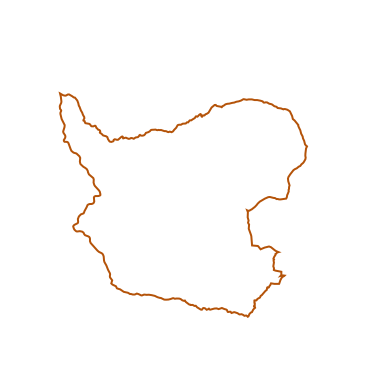 outline of Arboleda, Nariño, Colombia, rotated 71°
{"feature_id": "7082276B56257511215317", "entity_name": "Arboleda", "entity_type": "district", "adm_level": 2, "iso_a3": "COL", "parent_name": "Colombia", "parent_adm1": "Nariño", "projection": "mercator", "projection_center": [-77.132, 1.483], "detail": "fine", "context": "isolated", "style": "outline", "palette": "amber", "viewbox_px": 384, "rotation_deg": 71, "n_neighbors": 0, "source": "geoboundaries", "source_scale": "gbopen_adm2", "svg_char_len": 6062}
<svg xmlns="http://www.w3.org/2000/svg" viewBox="0 0 384 384"><g transform="rotate(71 192 192)"><path d="M328.1,179.9L328.0,179.2L325.9,177.2L325.1,175.4L325.1,174.4L323.3,172.6L322.5,171.3L322.0,170.0L321.4,169.9L321.0,170.4L320.3,170.6L319.7,170.2L319.6,169.6L319.4,169.4L318.3,169.2L317.6,168.8L317.1,169.1L314.9,168.3L314.9,167.6L315.4,167.0L315.4,166.3L314.4,164.9L313.9,162.1L312.5,160.8L312.3,159.7L309.5,154.9L308.9,153.2L306.8,152.0L306.7,151.5L307.3,150.9L307.2,150.4L306.1,149.3L305.5,148.3L304.1,147.0L305.7,144.0L307.2,139.5L304.1,137.1L302.5,135.4L301.8,134.2L301.4,132.1L301.2,131.7L300.4,133.3L300.2,135.6L299.8,134.9L299.1,134.4L296.5,133.5L293.5,138.7L292.4,140.0L290.7,139.3L288.7,139.3L285.4,137.5L283.4,137.2L282.5,136.4L281.8,136.8L281.5,136.7L279.8,135.1L278.9,133.8L277.8,133.3L277.7,132.4L276.9,131.3L277.0,129.8L275.5,131.5L274.3,132.5L269.9,135.3L268.6,136.9L268.2,141.4L268.5,145.8L264.8,147.1L264.4,147.5L262.1,152.6L253.1,150.3L251.7,150.2L245.2,150.3L241.3,148.6L240.3,148.9L239.3,149.0L237.4,147.8L234.1,147.6L229.2,145.7L227.3,145.8L227.8,145.3L228.3,144.2L228.3,143.5L228.0,142.6L227.9,141.3L226.5,137.3L225.3,135.0L224.4,133.7L223.2,131.1L222.0,125.3L221.7,121.7L221.9,120.5L222.3,119.6L224.1,116.9L224.7,115.6L226.2,114.3L226.6,113.1L227.4,112.0L227.9,110.4L228.9,105.1L227.9,104.1L225.9,103.0L225.2,102.3L223.0,100.4L221.5,100.0L220.7,99.3L218.9,98.6L217.5,97.6L213.2,97.5L210.6,96.9L209.2,95.9L207.2,93.3L204.4,89.0L203.9,87.3L203.7,85.2L202.8,82.9L202.6,81.1L201.5,79.6L200.7,77.5L199.9,76.3L197.9,74.1L196.4,73.3L194.8,73.1L192.7,72.3L189.2,70.6L188.0,70.0L186.3,68.4L185.0,69.2L183.6,69.6L180.1,69.3L177.4,69.6L175.5,69.3L172.4,69.8L168.9,69.5L165.8,69.9L163.9,70.0L163.3,69.7L157.8,71.7L155.8,72.9L152.8,72.6L147.6,73.2L145.3,75.0L144.0,76.8L143.5,78.0L143.6,78.7L141.9,80.7L140.5,83.6L140.1,83.9L139.0,84.3L137.7,86.2L135.3,87.8L134.5,88.8L133.7,90.2L131.8,91.8L131.2,93.1L131.1,94.3L130.7,95.2L129.3,95.7L128.0,97.5L126.3,100.4L125.5,102.8L123.9,105.3L122.9,108.2L122.6,110.3L121.1,112.8L121.0,113.3L121.5,115.8L121.5,118.3L121.1,120.7L121.2,122.9L120.8,125.1L120.6,127.9L120.1,130.0L120.0,131.9L120.5,133.2L120.9,135.6L121.2,135.7L121.5,136.3L120.7,137.1L118.9,140.3L118.4,140.9L117.4,141.2L117.1,142.3L118.5,146.0L122.4,150.6L122.9,152.7L122.9,153.9L123.6,155.2L123.6,155.7L123.1,156.6L123.1,157.1L123.9,157.6L124.1,158.0L123.9,158.3L122.7,158.5L121.5,158.3L121.1,158.6L121.2,159.6L122.5,162.2L122.5,162.6L121.9,163.2L121.8,163.8L123.0,165.3L123.6,168.1L123.9,169.0L124.0,169.5L123.6,170.5L123.6,170.9L124.9,173.0L124.5,174.1L125.2,175.6L124.4,178.6L124.8,180.5L124.2,182.3L124.1,183.4L124.3,184.0L126.1,186.0L127.4,188.6L128.5,190.2L128.8,191.8L127.7,193.3L127.7,194.8L127.5,195.2L126.0,196.8L125.5,198.2L123.2,201.2L123.1,202.1L122.4,203.4L122.4,204.2L121.9,205.3L121.2,206.0L120.1,209.8L120.1,210.8L120.8,212.0L121.2,213.7L121.1,216.3L122.2,217.7L122.7,218.8L122.7,220.0L122.5,220.9L121.9,222.1L121.1,222.6L121.2,223.2L121.9,224.0L122.5,225.3L122.1,227.6L122.7,229.7L121.7,230.9L121.1,232.0L121.3,233.3L121.2,234.4L120.3,235.6L119.2,236.7L119.0,237.3L118.9,239.6L118.5,239.7L117.2,239.5L116.9,239.7L116.8,240.4L117.0,241.1L118.5,244.8L118.3,245.8L117.0,247.8L117.2,249.0L118.1,249.5L118.4,250.0L118.4,251.9L117.7,253.2L117.1,253.6L114.7,254.2L112.5,254.2L111.4,255.0L109.6,257.6L107.5,258.6L106.1,259.7L105.6,259.7L105.0,259.1L104.2,259.0L103.4,259.3L102.2,260.7L101.1,260.9L100.3,261.5L98.4,261.6L97.9,261.9L97.7,262.3L97.8,264.0L97.2,265.5L96.9,265.8L94.7,266.5L94.1,267.0L92.2,270.4L91.0,270.6L90.2,270.4L89.1,271.4L88.7,271.3L87.3,269.8L86.1,269.5L83.4,270.0L81.2,270.0L78.8,270.5L74.9,270.6L73.6,270.9L70.8,270.6L68.1,270.7L64.6,272.0L64.0,273.1L62.7,273.9L59.8,276.4L59.4,277.6L59.8,280.0L59.3,281.2L58.5,282.4L55.9,284.7L59.2,285.0L63.9,286.0L65.1,286.6L67.4,288.8L68.2,289.2L70.4,289.7L71.8,289.2L72.6,289.2L74.2,290.6L75.3,291.0L80.5,291.5L87.3,290.6L89.1,291.4L92.8,294.1L94.0,294.3L97.2,293.5L98.5,293.7L99.5,294.3L101.2,296.3L102.1,296.5L103.0,296.2L103.9,293.9L104.6,293.2L105.7,292.9L112.1,292.8L113.9,292.6L116.2,291.2L118.0,288.7L121.6,286.8L123.4,286.6L126.7,288.1L128.9,288.4L129.6,288.2L132.8,286.5L134.2,285.3L136.0,284.1L137.9,283.7L139.6,283.9L141.8,283.7L146.7,280.8L148.1,280.8L151.1,282.0L153.4,282.1L154.8,281.8L160.1,279.5L161.6,279.1L163.9,279.3L165.0,279.6L165.3,280.0L165.3,280.5L165.4,281.6L164.4,284.7L164.6,285.9L165.4,286.6L169.1,287.5L170.2,288.4L170.7,289.7L170.6,291.0L170.0,292.9L170.1,294.3L170.4,295.1L172.1,296.6L175.1,299.9L176.3,300.8L176.9,301.5L177.0,304.4L178.3,306.9L180.4,308.7L183.2,309.4L184.0,309.9L184.3,310.5L184.8,314.0L185.4,315.1L185.8,315.5L186.4,315.6L188.3,315.6L189.4,315.4L191.1,314.5L191.6,314.1L192.0,313.3L192.5,310.8L193.7,308.8L195.1,307.8L197.0,307.6L198.1,307.1L200.3,304.4L201.1,303.8L202.1,303.6L203.1,303.7L205.3,304.5L207.3,304.4L216.6,300.5L218.3,299.5L220.5,297.3L221.6,296.7L222.8,296.5L224.2,296.5L228.2,297.5L229.8,297.6L233.5,296.9L238.2,296.7L242.1,296.1L243.1,296.2L244.9,297.1L246.1,297.3L249.5,296.2L252.2,298.1L253.7,297.3L256.4,294.6L258.4,294.4L258.8,294.2L260.7,291.6L264.2,289.0L266.4,285.4L268.3,283.8L268.5,283.0L269.7,281.3L270.2,279.9L270.3,279.2L270.1,277.2L271.2,275.7L273.2,273.7L273.5,272.9L273.4,270.7L274.5,268.3L275.1,266.2L276.4,263.7L278.1,261.0L280.2,258.9L281.5,257.1L282.1,255.9L284.7,253.3L285.4,251.5L286.0,249.4L286.2,247.4L286.2,244.6L286.4,244.1L287.4,242.9L287.6,241.6L288.6,238.8L289.5,237.6L291.3,236.4L292.4,234.9L292.3,234.1L294.0,233.6L297.4,231.3L297.8,230.8L297.9,230.4L298.4,230.1L299.0,228.1L300.5,226.8L300.8,225.5L302.7,224.7L306.0,222.0L306.5,221.0L305.4,219.2L305.6,218.5L306.3,217.5L308.1,216.5L308.1,215.0L307.8,214.0L308.8,213.6L309.2,213.0L309.5,208.7L310.1,206.6L311.4,204.9L311.4,201.5L313.2,199.5L314.2,198.0L315.0,197.4L316.8,197.3L317.2,197.0L317.5,195.3L317.8,194.5L319.0,194.2L319.3,194.0L319.3,191.4L319.5,190.9L321.4,188.4L322.9,187.3L323.3,186.8L323.7,184.9L324.9,183.6L326.1,182.8L326.4,181.0L327.0,180.4L328.1,179.9Z" fill="none" stroke="#b45309" stroke-width="2"/></g></svg>